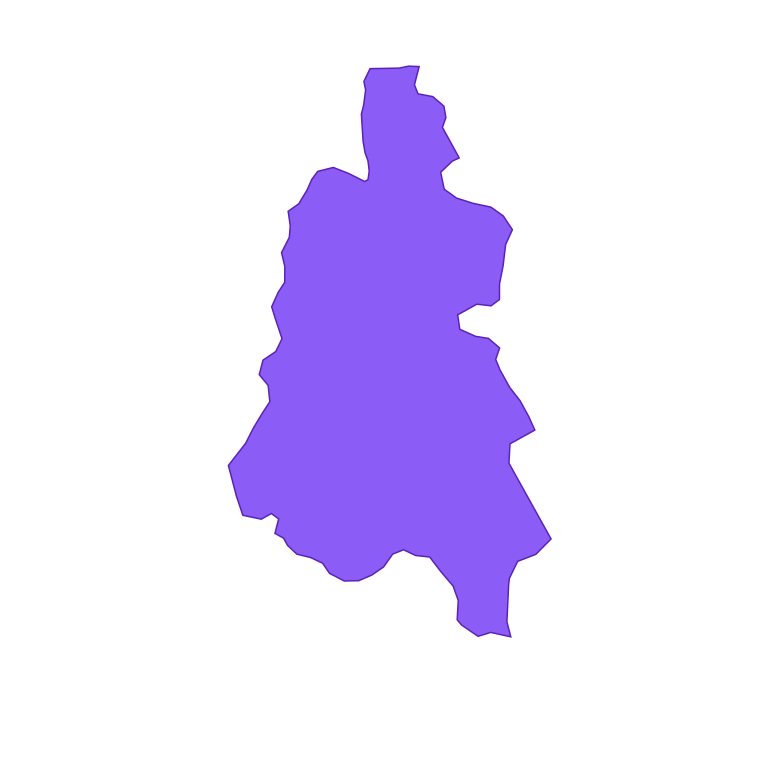 outline of Yecheon-gun, North Gyeongsang, South Korea, rotated 151°
{"feature_id": "91817680B75354784424725", "entity_name": "Yecheon-gun", "entity_type": "district", "adm_level": 2, "iso_a3": "KOR", "parent_name": "South Korea", "parent_adm1": "North Gyeongsang", "projection": "equal_earth", "projection_center": [128.413, 36.651], "detail": "fine", "context": "isolated", "style": "filled", "palette": "violet", "viewbox_px": 768, "rotation_deg": 151, "n_neighbors": 0, "source": "geoboundaries", "source_scale": "gbopen_adm2", "svg_char_len": 1551}
<svg xmlns="http://www.w3.org/2000/svg" viewBox="0 0 768 768"><g transform="rotate(151 384 384)"><path d="M313.0,167.5L313.1,226.9L313.1,236.5L313.1,243.3L313.1,254.2L302.8,270.6L289.9,270.6L274.4,270.6L273.2,285.6L273.1,303.4L275.7,319.8L275.7,340.3L274.4,351.3L265.4,359.5L270.5,373.2L280.9,381.4L291.2,395.1L286.0,408.8L264.1,408.8L252.5,400.5L242.1,401.9L234.4,415.6L222.8,429.3L209.9,447.1L196.9,456.7L198.2,473.1L204.7,486.8L218.9,499.2L230.5,511.5L236.9,525.2L231.8,541.7L216.3,545.8L208.6,545.3L208.5,580.1L200.7,587.0L196.9,598.0L202.0,611.7L213.6,621.3L212.3,630.9L199.4,644.6L208.4,650.1L217.5,652.9L233.0,661.1L243.3,666.6L254.9,658.4L257.5,650.1L266.6,637.8L273.0,630.9L284.7,606.2L288.5,595.2L289.8,587.0L293.7,577.4L298.9,570.5L302.8,570.5L313.1,585.6L323.4,598.0L338.9,602.1L347.9,598.0L357.0,591.1L371.2,582.9L384.1,581.5L389.3,567.8L395.7,558.2L409.9,548.6L413.8,534.8L421.5,521.1L431.9,515.6L444.8,506.0L447.4,493.7L451.2,473.1L462.8,464.9L478.3,463.5L488.6,452.6L486.0,438.9L492.5,423.8L505.4,417.0L519.6,408.8L533.8,399.2L559.6,388.2L563.4,373.2L567.3,358.1L571.1,337.6L556.9,325.3L551.8,325.3L545.3,325.3L541.5,317.1L551.8,306.2L546.6,297.9L546.6,289.7L542.7,277.4L532.4,267.9L524.6,257.0L523.4,244.7L514.3,231.0L501.4,224.2L487.2,222.8L473.0,224.2L458.9,231.0L447.3,229.6L439.5,218.7L427.9,210.5L425.3,192.8L421.5,173.7L424.0,158.7L434.3,142.3L433.0,135.5L424.0,117.7L411.1,115.0L395.7,101.4L391.8,116.4L372.5,147.7L368.6,153.2L353.1,164.1L333.8,161.4L313.0,167.5Z" fill="#8b5cf6" stroke="#5b21b6" stroke-width="1.5"/></g></svg>